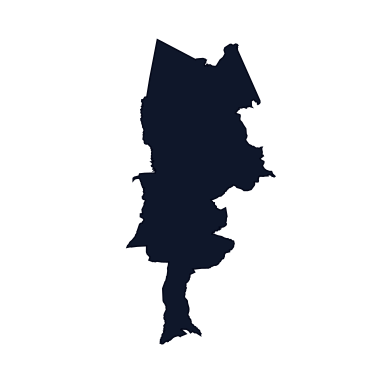 Cocu, Arges, Romania, rotated 16°
{"feature_id": "2599482B3683205747186", "entity_name": "Cocu", "entity_type": "district", "adm_level": 2, "iso_a3": "ROU", "parent_name": "Romania", "parent_adm1": "Arges", "projection": "robinson", "projection_center": [24.657, 44.87], "detail": "fine", "context": "isolated", "style": "filled", "palette": "ink", "viewbox_px": 384, "rotation_deg": 16, "n_neighbors": 0, "source": "geoboundaries", "source_scale": "gbopen_adm2", "svg_char_len": 6100}
<svg xmlns="http://www.w3.org/2000/svg" viewBox="0 0 384 384"><g transform="rotate(16 192 192)"><path d="M238.3,250.9L239.0,248.3L240.5,247.2L240.7,244.9L240.1,242.8L240.6,242.4L240.8,241.1L244.5,239.0L244.0,237.5L245.8,236.3L246.9,233.2L246.6,231.7L246.7,230.1L245.4,227.8L243.9,228.0L242.4,227.1L241.4,227.7L239.6,227.1L238.0,227.5L235.5,227.4L232.8,226.8L228.6,227.1L223.9,226.6L222.9,227.0L222.6,226.1L223.2,224.8L224.3,224.8L224.7,222.8L227.0,222.2L227.6,220.8L228.7,220.7L229.5,219.6L228.5,219.5L228.0,218.3L230.0,217.7L232.0,216.6L233.6,214.7L233.8,213.3L232.5,211.9L232.8,210.6L232.1,207.6L232.3,205.9L228.6,198.1L225.4,201.2L223.8,201.7L221.0,201.1L219.7,200.8L219.2,199.2L217.5,198.6L216.7,197.6L216.4,196.3L215.7,196.6L214.6,196.1L214.1,195.5L213.2,195.4L212.2,194.3L214.3,193.1L217.4,190.6L218.9,188.6L220.9,187.8L223.3,184.1L223.0,182.9L224.4,181.7L225.0,179.6L225.7,178.9L225.8,177.9L227.3,177.0L229.3,174.9L229.4,174.0L229.7,173.8L232.2,173.9L233.9,175.1L238.0,175.1L239.8,175.4L241.6,176.2L245.2,175.1L248.1,173.2L249.9,168.4L249.9,167.2L249.1,165.4L250.6,164.4L251.7,164.4L252.7,163.9L252.7,163.0L252.0,161.4L252.0,158.9L252.5,158.1L256.7,157.0L256.8,156.7L260.5,155.5L260.1,154.9L261.2,153.9L264.2,154.0L264.7,154.8L265.8,154.3L266.7,154.8L267.3,154.0L264.5,152.6L262.8,150.4L260.8,151.0L257.4,150.8L254.9,149.8L253.5,148.4L252.7,148.1L252.4,147.0L253.0,144.2L252.6,142.9L249.5,142.3L248.1,141.0L249.7,138.9L249.5,138.5L250.6,137.7L250.2,137.2L248.9,137.2L248.4,134.2L247.4,132.4L246.8,130.7L247.0,129.7L246.0,130.1L244.6,131.7L243.2,131.6L241.3,132.3L238.7,131.3L236.8,131.7L236.1,131.1L233.5,130.8L229.7,127.9L228.8,126.5L229.3,124.7L229.2,122.7L228.0,121.3L226.2,116.4L222.8,113.5L220.6,111.3L218.3,110.0L217.6,108.3L217.3,105.6L216.7,104.6L213.2,104.5L211.9,104.1L213.9,99.7L214.4,99.5L214.0,98.4L214.4,98.0L216.7,97.4L216.9,96.9L218.8,96.1L221.0,96.4L221.3,96.0L221.4,94.6L222.8,94.3L223.1,93.8L226.1,93.8L225.5,93.4L223.9,88.8L223.9,88.0L225.4,86.3L225.8,86.1L228.4,87.6L228.6,87.2L229.6,87.5L230.2,87.9L230.8,88.8L230.7,89.3L231.2,89.6L232.3,88.3L232.6,87.3L232.0,85.6L196.6,43.3L195.8,41.3L195.1,41.3L195.1,40.4L195.7,40.1L195.1,39.1L195.6,38.4L194.7,37.8L193.2,37.8L191.0,39.9L189.1,39.3L188.0,39.6L183.9,44.3L183.8,46.7L185.6,49.4L185.8,50.3L184.9,54.1L182.7,57.3L180.8,64.2L179.6,65.1L176.6,65.5L174.4,64.8L173.4,65.3L172.5,66.3L172.0,65.2L171.4,65.1L170.5,66.9L169.5,67.3L169.0,66.7L168.6,65.4L168.7,64.5L169.4,64.1L169.1,63.0L169.3,61.3L168.2,61.5L168.1,60.8L165.8,60.7L160.3,62.8L159.5,63.2L159.1,63.9L116.7,55.1L120.2,94.3L122.4,113.1L120.5,114.0L120.1,115.9L119.5,116.9L118.4,117.2L118.4,117.6L118.9,118.1L118.7,118.8L120.3,120.2L120.1,120.8L120.4,121.3L120.1,122.2L121.0,122.6L121.0,123.1L120.1,123.8L120.8,124.3L120.7,125.4L121.2,126.0L120.1,126.8L120.2,127.2L121.2,127.8L121.0,129.4L121.8,130.5L122.6,131.0L122.4,132.8L123.5,133.2L123.1,135.2L122.7,135.5L123.3,137.2L124.7,138.5L124.7,139.4L126.5,142.0L126.7,143.1L128.1,144.3L129.1,146.2L128.8,148.2L129.9,149.3L129.3,150.0L130.1,151.9L130.4,154.7L132.1,155.7L132.6,157.5L133.2,158.3L134.5,158.5L136.9,157.9L137.8,158.8L140.1,160.0L140.7,161.5L142.0,162.0L141.5,162.9L142.5,164.1L142.5,165.8L143.3,167.2L143.1,168.2L143.5,169.4L144.6,170.6L143.7,171.0L145.2,172.9L146.2,172.5L146.6,172.8L146.6,173.5L144.6,174.3L145.6,174.7L146.8,176.1L146.4,176.8L146.7,177.1L145.8,177.8L146.2,178.4L146.9,177.9L148.2,179.4L148.2,180.0L148.9,179.8L148.6,180.6L149.9,180.2L150.4,180.4L149.6,182.0L150.9,181.3L151.4,181.9L151.1,182.8L151.4,183.8L151.1,184.1L141.4,187.2L136.7,189.1L136.7,191.3L132.6,193.7L131.7,195.0L132.3,197.2L133.0,195.6L134.1,194.6L136.5,193.5L137.8,193.5L138.4,193.9L140.1,196.3L140.8,196.6L141.0,197.8L143.6,201.3L144.1,201.1L145.1,201.4L144.7,202.2L144.8,202.8L145.1,203.5L145.7,203.8L145.2,205.0L145.9,205.8L146.6,205.9L146.3,206.4L146.6,207.7L146.3,208.0L146.4,208.5L146.0,209.4L146.3,209.7L145.8,210.3L146.1,210.4L146.0,211.4L147.2,212.4L148.7,212.2L149.8,213.1L149.3,215.3L149.5,215.6L149.2,216.1L149.4,216.8L149.9,216.8L148.9,222.6L150.5,226.3L150.5,227.0L149.8,226.8L148.5,227.3L149.2,230.0L152.2,230.6L153.6,231.9L153.5,233.0L152.7,234.6L152.8,235.7L151.5,236.2L150.6,237.4L150.3,244.4L150.1,245.2L150.5,246.8L149.8,248.7L149.8,250.4L147.9,254.9L146.3,257.4L145.7,260.2L145.0,261.1L144.8,263.1L148.8,261.0L148.9,261.4L154.1,259.2L163.2,256.1L164.9,262.2L166.1,263.9L169.3,265.8L169.7,267.0L169.4,269.3L173.5,269.6L174.0,269.2L175.9,269.1L177.3,268.1L182.1,267.5L189.0,265.7L189.6,268.9L189.6,271.9L190.6,274.5L191.3,279.3L191.0,280.5L191.3,281.6L191.4,285.2L191.0,285.6L190.5,292.8L194.3,304.3L195.0,305.4L197.2,307.0L197.4,307.7L198.4,308.2L198.4,308.7L198.9,309.1L199.0,310.4L199.9,312.0L199.2,316.4L199.2,318.3L200.0,319.4L199.8,320.7L200.7,322.1L201.8,322.7L201.9,324.1L202.7,324.9L202.7,326.1L201.9,328.4L203.0,329.8L202.7,330.7L202.9,331.8L203.9,332.4L203.9,332.8L203.0,333.4L203.8,334.6L202.7,337.3L203.3,339.7L202.7,340.3L202.8,341.5L202.5,342.7L203.2,343.8L202.2,344.1L203.5,344.3L203.1,345.9L205.0,346.2L206.1,345.6L207.3,343.5L209.4,341.8L209.8,342.4L210.3,342.1L210.6,341.1L212.0,340.1L213.7,337.1L215.0,335.8L217.8,333.9L219.2,333.7L220.5,334.1L220.7,333.6L225.4,329.9L220.2,327.6L219.2,327.5L219.2,327.1L219.6,326.6L224.5,325.4L227.2,326.1L229.4,327.7L231.0,325.7L233.3,326.5L234.9,326.0L239.6,327.4L239.0,326.3L239.6,325.8L238.3,324.8L237.3,323.1L234.9,322.3L234.3,321.5L233.4,321.6L232.6,320.7L230.7,320.6L230.0,319.6L228.4,319.2L227.0,318.1L226.9,317.1L225.7,315.0L223.9,314.0L223.5,312.8L222.0,311.8L221.5,310.2L221.7,309.1L221.4,308.7L221.7,307.8L221.3,307.2L221.5,306.5L220.8,304.4L218.2,300.1L217.4,298.0L216.9,298.0L216.4,297.1L214.4,296.1L213.3,294.5L213.3,292.4L212.5,290.3L212.9,289.5L212.9,288.1L212.6,287.4L212.9,285.8L211.8,284.8L211.8,283.5L211.2,281.7L211.2,281.1L212.5,279.4L213.3,276.7L213.0,275.5L213.3,274.5L212.7,271.7L216.6,268.3L214.0,265.9L222.1,262.5L228.8,260.5L229.5,259.7L230.1,259.6L230.6,258.8L230.7,258.1L231.8,257.7L233.3,256.3L235.1,255.8L236.5,254.5L237.3,253.1L237.3,252.1L238.3,250.9Z" fill="#0f172a" stroke="#020617" stroke-width="1.5"/></g></svg>